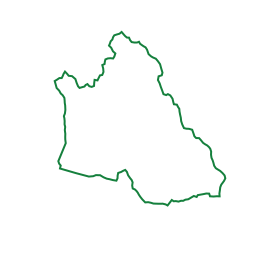 outline of Coração de Maria, Bahia, Brazil, rotated 162°
{"feature_id": "56859067B97509655153591", "entity_name": "Coração de Maria", "entity_type": "district", "adm_level": 2, "iso_a3": "BRA", "parent_name": "Brazil", "parent_adm1": "Bahia", "projection": "natural_earth1", "projection_center": [-38.789, -12.217], "detail": "fine", "context": "isolated", "style": "outline", "palette": "green", "viewbox_px": 256, "rotation_deg": 162, "n_neighbors": 0, "source": "geoboundaries", "source_scale": "gbopen_adm2", "svg_char_len": 2492}
<svg xmlns="http://www.w3.org/2000/svg" viewBox="0 0 256 256"><g transform="rotate(162 128 128)"><path d="M183.2,195.3L183.3,192.2L183.5,188.1L181.9,184.8L181.3,181.6L180.0,179.4L179.2,176.3L179.8,173.6L180.4,171.4L180.8,168.8L182.0,164.5L183.5,161.3L185.3,159.1L185.5,156.9L186.1,154.2L187.2,151.0L187.4,148.4L188.7,145.6L189.4,141.9L190.5,138.8L191.2,136.5L191.9,132.8L204.5,118.0L204.5,115.4L203.6,113.1L205.2,110.5L191.2,101.0L180.2,93.9L178.0,93.4L176.0,92.9L173.1,93.1L169.1,91.7L166.5,88.7L163.9,86.4L161.2,84.9L158.4,83.1L155.3,81.5L153.5,83.4L152.6,85.9L151.2,88.3L148.2,88.3L145.8,88.8L143.6,89.0L142.6,86.6L142.5,83.0L141.5,79.7L140.6,77.4L140.4,74.9L141.8,72.0L142.2,69.0L140.4,67.4L139.4,65.5L138.7,63.5L138.3,61.3L137.6,58.8L136.5,55.8L134.6,51.9L131.7,51.2L129.3,49.8L127.2,48.3L124.5,47.3L121.4,46.2L118.4,45.3L115.8,43.7L114.3,42.1L108.6,46.0L107.2,44.2L105.1,43.7L102.7,42.4L100.0,42.4L98.0,41.7L95.6,42.1L92.7,41.6L86.4,43.0L84.0,41.2L82.4,42.6L79.5,42.2L76.6,41.8L73.8,41.5L71.1,40.5L71.1,37.7L67.8,36.4L64.8,35.7L62.0,34.7L61.3,37.5L59.9,40.3L58.6,43.1L56.8,45.3L54.8,46.7L52.9,48.1L51.0,50.1L50.8,53.0L52.0,55.9L53.6,58.7L55.4,60.8L56.9,62.6L57.7,65.5L57.5,68.7L57.5,71.1L57.8,73.8L57.3,76.9L56.2,79.9L56.2,82.9L56.9,84.9L58.1,87.0L59.7,88.7L61.2,90.7L62.4,93.9L63.5,96.4L66.3,97.4L67.4,99.6L67.4,102.6L67.5,106.5L70.1,108.3L72.7,109.3L74.8,110.6L75.3,114.6L75.3,118.1L74.6,121.5L74.3,124.8L73.9,127.8L73.3,130.4L73.9,132.5L74.3,135.1L77.0,136.4L76.9,138.8L76.6,142.1L77.7,145.9L79.6,147.9L81.5,147.5L83.8,149.2L83.9,152.9L84.1,157.0L84.1,160.7L84.7,164.4L82.9,167.7L79.6,167.7L78.1,170.0L78.0,174.5L77.8,178.8L78.9,182.3L80.1,185.3L82.4,187.3L83.9,189.0L85.6,191.9L85.7,196.6L86.4,199.3L87.9,200.9L89.2,202.6L90.5,204.4L90.9,206.6L92.9,206.5L95.5,207.3L98.0,208.6L98.9,211.1L99.1,213.6L101.0,214.3L102.2,216.1L103.1,218.1L104.4,221.3L107.0,220.3L109.7,220.4L112.4,220.4L114.2,218.9L115.5,217.0L117.7,215.8L119.2,213.8L120.6,212.2L119.2,209.6L118.6,205.6L117.0,202.8L119.0,200.1L120.7,198.7L123.1,199.8L125.7,200.4L128.3,200.2L129.6,198.1L130.5,196.1L133.0,195.8L133.2,192.3L134.0,188.9L136.1,186.4L138.4,186.7L140.4,184.7L142.3,182.7L144.9,184.1L146.3,181.1L147.3,178.5L149.8,178.3L151.9,179.7L153.0,182.3L155.0,182.0L156.6,180.9L159.0,181.0L161.7,181.1L162.6,183.1L162.9,186.7L162.9,190.8L165.2,194.6L168.3,196.0L169.1,198.2L170.5,201.1L172.5,199.4L173.9,197.7L175.6,196.0L177.8,196.7L180.6,195.9L183.2,195.3Z" fill="none" stroke="#15803d" stroke-width="2"/></g></svg>